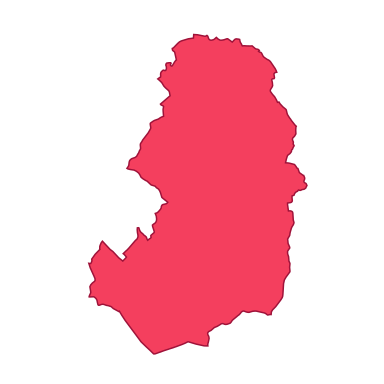 outline of Da Lat, Lâm Đồng, Vietnam, rotated 83°
{"feature_id": "81297802B86448730167777", "entity_name": "Da Lat", "entity_type": "district", "adm_level": 2, "iso_a3": "VNM", "parent_name": "Vietnam", "parent_adm1": "Lâm Đồng", "projection": "albers", "projection_center": [108.448, 11.908], "detail": "fine", "context": "isolated", "style": "filled", "palette": "rose", "viewbox_px": 384, "rotation_deg": 83, "n_neighbors": 0, "source": "geoboundaries", "source_scale": "gbopen_adm2", "svg_char_len": 5908}
<svg xmlns="http://www.w3.org/2000/svg" viewBox="0 0 384 384"><g transform="rotate(83 192 192)"><path d="M323.3,128.4L320.6,127.8L318.9,126.5L316.0,122.9L310.0,117.1L307.8,115.3L306.5,114.7L304.4,114.2L294.1,112.3L290.5,111.0L287.9,109.0L283.2,104.6L282.4,104.4L278.7,104.3L275.1,103.5L273.9,103.7L272.5,104.2L268.0,104.0L265.2,104.6L263.5,104.5L262.7,104.4L262.1,104.1L259.5,101.8L258.5,101.8L254.8,102.9L250.3,102.8L247.4,100.6L246.7,100.2L245.7,100.0L244.1,99.5L240.1,97.8L238.6,96.9L236.8,95.4L235.4,94.7L234.7,94.5L232.0,94.9L225.4,94.5L224.3,94.6L223.6,95.0L223.0,95.9L222.7,96.7L222.5,98.6L216.0,98.7L214.6,98.5L214.5,95.3L214.2,94.4L213.6,93.8L212.9,93.5L209.5,93.4L208.0,93.1L207.7,91.2L206.0,90.3L204.9,89.1L204.5,88.3L204.1,87.1L203.4,86.6L203.0,86.0L203.1,85.7L203.5,84.9L203.6,83.8L203.1,83.0L202.9,80.3L202.2,79.0L201.8,78.5L200.8,78.0L199.6,77.1L197.6,77.7L197.2,78.1L196.4,79.2L195.4,79.7L194.7,79.6L193.5,78.9L192.5,78.5L191.3,78.5L189.4,79.1L189.2,79.1L188.9,79.8L186.0,82.9L185.3,83.2L181.6,84.0L180.8,85.1L179.6,85.5L177.5,86.7L177.1,87.1L175.4,91.4L174.9,93.1L174.4,95.6L171.0,94.4L167.9,93.0L167.2,92.5L165.8,90.1L164.4,88.7L163.7,88.3L163.0,88.2L162.4,87.9L162.1,87.6L161.8,87.1L159.8,86.0L158.7,85.1L158.1,85.0L157.6,85.5L157.1,85.6L156.5,85.7L154.8,85.3L153.0,85.8L151.7,85.9L150.7,85.4L149.2,83.5L147.0,81.8L143.1,81.5L140.0,80.9L139.5,80.5L138.9,80.9L138.6,81.3L133.2,84.6L131.7,85.3L130.4,86.1L126.8,87.8L125.1,88.1L122.4,88.4L121.8,88.5L121.1,89.0L118.6,91.4L115.1,93.9L113.3,94.7L113.4,96.2L110.8,97.0L107.5,98.4L104.9,100.2L102.2,101.7L101.2,102.0L100.6,101.9L99.9,101.6L98.4,100.4L97.7,99.8L96.3,99.0L93.2,98.9L90.3,99.2L89.5,98.5L89.5,96.8L89.1,96.4L88.7,96.2L85.3,96.3L84.6,96.2L84.1,95.7L83.7,95.1L83.5,94.3L83.5,93.3L82.0,93.6L79.7,94.4L72.1,98.3L71.0,99.2L70.3,100.0L69.5,101.3L67.0,104.1L65.6,105.0L63.2,105.8L62.4,106.2L61.8,106.7L61.6,107.1L61.5,107.5L61.3,108.0L60.5,108.8L59.8,107.9L58.9,108.5L58.4,109.2L57.8,111.1L57.2,111.9L54.3,114.5L54.2,116.3L53.7,119.8L53.2,122.4L53.1,124.3L51.0,125.0L49.5,125.7L48.3,126.0L46.4,126.1L46.0,127.0L45.4,129.4L45.5,130.2L45.8,131.0L48.1,133.8L44.4,137.7L44.2,138.1L44.2,138.9L44.8,141.7L44.9,143.2L44.9,144.6L44.7,145.6L43.5,147.3L41.5,149.0L43.1,151.3L43.4,152.1L43.6,153.2L43.7,154.7L43.1,155.9L42.7,156.3L41.8,156.8L39.4,157.3L38.7,157.8L38.4,158.1L38.6,158.7L39.0,159.3L39.0,160.2L36.6,167.4L35.9,171.1L39.4,171.8L39.5,177.0L40.6,183.4L40.9,184.7L41.5,186.2L42.8,188.1L46.3,192.4L46.8,193.1L47.1,194.1L48.6,194.1L48.9,194.0L49.8,193.4L50.3,192.7L50.9,192.3L51.7,192.1L59.0,191.4L59.2,191.9L59.8,192.5L61.1,193.7L64.1,196.0L64.5,196.6L64.5,197.0L64.3,197.4L63.6,197.9L63.1,197.9L61.8,197.1L61.3,197.2L61.1,197.4L61.0,198.1L60.9,199.7L61.0,201.5L61.4,201.9L62.0,202.3L63.1,202.5L64.6,202.2L66.0,202.3L66.8,202.5L67.5,202.9L68.1,203.3L68.2,203.9L68.2,204.2L67.6,205.2L67.7,206.1L68.9,207.7L69.5,208.2L70.3,208.6L71.7,208.9L72.8,208.9L74.2,209.3L74.4,210.1L75.6,212.2L76.3,211.5L79.6,208.8L80.6,208.3L83.5,207.0L85.4,205.6L88.6,202.8L89.8,202.3L93.8,202.0L100.9,212.6L101.7,212.2L102.2,211.5L102.8,210.5L103.4,209.9L103.8,209.8L106.3,210.6L108.2,210.8L113.4,211.0L113.9,213.1L114.5,214.6L115.5,216.5L116.4,220.6L117.2,222.4L118.5,224.8L119.0,225.1L119.8,225.2L122.8,225.1L123.6,225.2L124.4,225.6L128.0,228.3L134.4,234.6L136.0,235.7L137.2,236.8L138.1,237.4L139.2,237.6L142.3,237.7L143.1,237.9L144.6,239.1L146.7,240.2L147.7,241.1L149.8,242.6L150.3,243.4L150.8,244.3L151.5,247.5L151.9,248.4L152.6,249.4L153.3,250.1L154.6,250.7L157.5,251.4L158.7,252.0L160.6,253.7L161.3,252.8L162.1,250.7L163.2,246.8L164.7,244.6L166.6,242.7L167.5,242.2L169.7,241.2L170.5,241.1L171.3,240.6L172.7,239.3L174.7,236.9L175.8,235.2L179.8,231.9L180.3,231.1L181.6,228.1L182.4,227.4L183.3,226.9L185.0,224.9L186.8,224.0L188.8,223.4L193.6,222.6L194.7,221.7L199.2,217.3L200.2,218.3L200.5,218.9L200.6,219.6L200.9,222.4L201.4,223.4L202.4,224.1L204.2,224.6L205.3,225.4L207.5,227.8L208.4,229.2L208.8,231.1L211.5,230.4L214.1,230.4L215.5,230.6L216.6,231.0L217.4,231.5L218.1,232.1L218.7,233.1L219.2,234.1L220.0,235.3L221.3,235.3L226.6,234.3L227.6,234.5L229.9,237.9L230.3,238.2L232.2,238.2L232.5,238.5L232.9,239.0L233.4,240.1L234.5,241.9L233.5,242.3L231.3,242.8L230.8,243.1L229.9,243.9L229.0,244.9L227.4,246.0L225.8,247.6L225.0,248.0L223.8,248.6L221.1,249.1L220.9,249.5L220.9,250.6L222.8,251.0L225.8,251.1L228.1,250.9L229.9,251.1L230.7,251.5L231.9,252.2L233.3,254.2L239.9,261.4L241.8,263.7L242.5,264.8L244.8,267.8L245.7,266.9L248.6,265.0L249.5,265.9L252.1,269.1L248.3,272.8L241.4,277.8L239.0,280.3L229.9,286.9L231.2,288.2L233.2,289.4L234.6,290.1L237.1,290.5L237.7,290.4L242.0,295.7L246.4,299.7L247.8,299.7L248.8,300.0L249.8,300.6L250.7,301.3L250.2,303.1L255.0,302.2L263.7,299.5L266.3,298.8L268.1,299.0L268.9,299.8L270.2,302.0L271.8,303.8L273.6,304.9L278.2,304.7L279.7,304.8L282.3,306.4L283.5,306.9L283.7,306.4L284.0,302.4L284.6,301.5L285.3,300.9L286.1,300.2L287.9,299.5L289.6,299.4L292.3,299.1L292.7,298.9L293.0,298.5L293.1,297.5L292.6,295.9L292.5,294.3L292.8,293.3L294.1,290.7L294.6,289.0L295.9,286.2L298.1,284.3L301.8,279.1L301.5,278.6L305.8,276.7L311.3,274.0L326.9,265.1L334.5,260.8L340.2,256.2L344.1,252.9L347.9,249.9L348.1,249.5L348.1,248.1L346.1,239.3L343.6,226.8L342.1,220.4L341.1,216.9L340.2,214.5L340.3,213.7L343.4,206.6L346.2,198.7L346.7,195.0L345.6,195.0L344.4,194.7L342.8,194.0L339.5,192.9L337.9,192.9L336.9,193.1L336.0,193.5L335.1,193.7L334.3,193.7L333.6,193.5L332.6,192.5L331.7,190.0L329.2,186.3L328.4,183.3L327.3,180.8L326.4,179.0L326.3,178.0L326.5,177.1L327.2,175.9L327.6,174.6L327.5,173.0L327.2,171.5L326.8,170.0L325.9,169.0L324.3,167.7L320.2,161.4L319.7,160.4L318.4,158.8L317.3,157.8L316.7,156.8L316.5,156.1L316.4,155.5L316.6,154.8L317.7,152.7L318.2,151.2L318.4,150.1L317.8,146.4L317.8,144.7L318.0,142.9L320.9,134.8L321.7,133.6L323.0,132.3L323.3,131.9L323.3,131.4L323.1,129.5L323.3,128.4Z" fill="#f43f5e" stroke="#9f1239" stroke-width="1.5"/></g></svg>